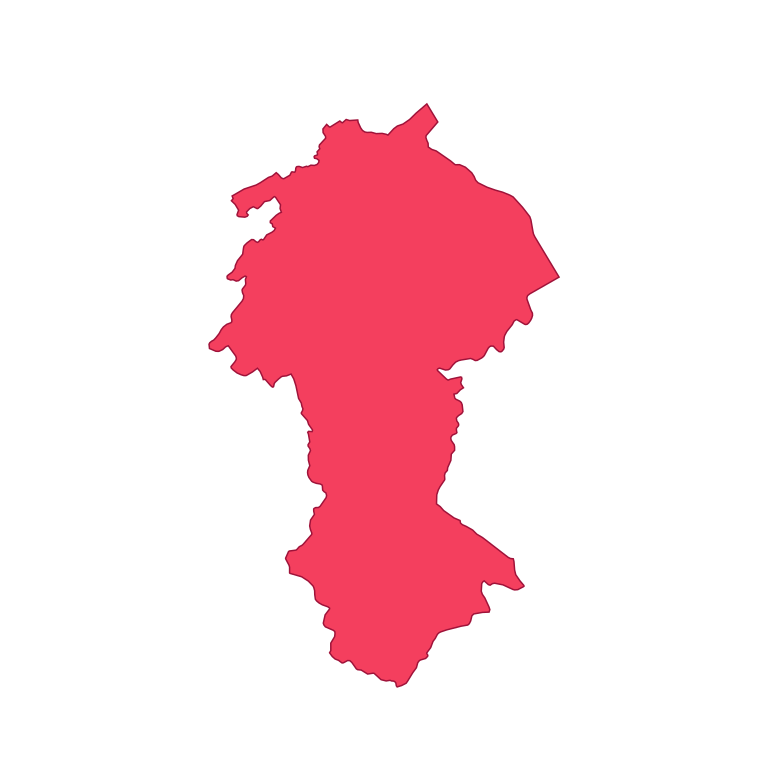 Tuy Phuoc, Bình Định, Vietnam, rotated 310°
{"feature_id": "81297802B71017047307278", "entity_name": "Tuy Phuoc", "entity_type": "district", "adm_level": 2, "iso_a3": "VNM", "parent_name": "Vietnam", "parent_adm1": "Bình Định", "projection": "mercator", "projection_center": [109.153, 13.841], "detail": "fine", "context": "isolated", "style": "filled", "palette": "rose", "viewbox_px": 768, "rotation_deg": 310, "n_neighbors": 0, "source": "geoboundaries", "source_scale": "gbopen_adm2", "svg_char_len": 6171}
<svg xmlns="http://www.w3.org/2000/svg" viewBox="0 0 768 768"><g transform="rotate(310 384 384)"><path d="M143.1,515.1L142.0,519.5L141.9,523.3L143.1,526.8L143.3,531.0L144.0,531.9L145.0,532.4L148.8,533.9L150.1,535.7L150.0,538.4L148.0,545.9L148.2,547.4L150.2,550.4L151.3,557.9L155.4,561.5L156.0,562.4L155.6,571.8L157.9,576.5L160.9,579.1L161.4,580.7L162.7,582.5L162.9,584.2L162.6,585.2L160.7,587.5L160.4,588.8L164.3,591.3L169.0,593.3L171.4,593.1L181.4,591.6L187.5,591.2L192.2,589.0L194.7,588.9L196.0,589.3L200.5,592.3L203.4,592.5L204.4,591.9L205.0,590.0L205.5,589.6L212.1,589.2L218.3,587.0L222.0,586.8L226.6,585.8L228.6,586.0L230.4,586.7L236.0,590.1L248.1,598.8L253.2,603.1L255.2,603.4L258.2,602.7L263.0,600.3L265.6,600.6L272.4,606.3L276.8,611.1L279.2,610.1L280.7,607.7L284.9,598.8L286.1,594.5L287.8,591.7L294.0,587.1L296.4,586.9L297.6,587.3L297.4,592.9L298.1,594.6L300.8,595.4L302.5,596.8L306.6,604.2L309.5,614.9L310.3,616.5L312.5,618.7L318.3,621.1L319.2,621.2L319.6,620.5L320.6,614.7L322.6,607.5L325.4,603.7L331.5,597.7L333.2,595.4L331.6,593.0L331.0,590.5L329.7,558.2L328.6,551.6L329.1,545.8L327.8,538.6L326.6,534.5L326.6,532.1L328.3,530.0L326.4,523.7L325.4,511.1L326.2,505.9L325.9,501.3L333.1,495.6L337.7,493.7L341.4,492.9L349.4,492.1L350.1,491.8L352.9,489.1L355.1,488.0L358.5,488.1L360.9,486.5L368.5,484.3L373.6,480.6L378.6,480.7L381.3,478.4L382.6,476.8L384.0,471.8L385.2,470.2L386.4,469.4L388.8,469.2L392.4,471.0L393.6,471.1L395.4,468.9L396.7,467.9L399.8,467.9L400.7,467.5L401.7,466.3L402.5,463.5L404.2,461.5L405.0,461.2L407.7,461.4L411.3,462.5L413.6,462.2L418.3,457.3L419.5,455.1L419.6,453.1L418.5,448.7L418.7,447.3L421.2,444.1L423.6,445.9L428.6,446.2L432.2,447.3L433.2,443.8L434.3,441.9L438.0,440.4L439.0,439.1L438.6,438.1L430.5,431.8L428.2,430.6L427.9,428.8L428.7,416.5L429.1,415.6L430.7,415.6L431.9,416.4L434.2,422.1L436.3,424.1L437.9,424.7L442.8,424.5L446.8,424.8L449.8,426.1L452.0,427.7L459.2,433.9L460.1,436.3L460.6,438.8L462.0,440.2L466.8,442.1L468.9,442.5L470.4,442.5L478.4,440.8L480.4,440.9L481.8,441.5L483.3,443.5L482.7,448.2L482.8,451.4L483.8,452.9L484.9,453.3L487.6,453.3L489.2,452.6L493.0,448.7L497.5,445.8L499.0,445.2L503.3,444.3L511.8,444.1L515.8,443.2L517.8,443.7L518.7,444.4L520.2,453.4L520.7,454.4L521.9,455.3L523.8,455.6L526.9,455.4L529.5,454.8L532.0,453.7L533.7,452.1L535.0,449.0L540.8,439.1L541.9,438.0L544.0,437.2L546.7,437.7L578.4,449.4L593.7,404.9L595.0,402.1L596.6,400.0L604.1,391.1L605.9,388.1L608.4,376.6L610.3,362.7L609.6,359.1L607.2,351.6L604.1,344.7L601.0,336.5L598.6,326.7L599.0,323.3L600.9,319.6L602.2,315.4L602.4,307.0L600.6,300.9L597.8,297.7L597.7,296.8L597.7,291.7L596.1,274.2L594.4,269.8L594.0,265.6L596.8,263.0L598.2,260.1L599.8,257.6L601.4,256.6L619.3,256.8L626.1,236.8L612.3,234.5L603.1,233.6L595.4,231.5L590.2,228.4L585.9,227.4L577.2,227.0L576.8,225.4L574.8,221.5L570.8,217.1L568.7,212.5L565.8,209.3L564.7,207.2L564.4,204.5L565.2,201.5L567.8,196.0L569.4,194.2L563.7,188.3L562.3,185.0L557.5,184.3L557.1,183.5L557.1,181.1L546.3,177.6L545.8,176.9L546.0,173.2L540.1,173.3L537.4,175.8L536.2,179.9L534.8,181.3L525.7,180.9L524.0,181.8L522.9,183.6L518.8,183.5L517.5,185.2L516.7,185.7L514.1,184.2L513.1,184.4L512.3,185.7L513.4,187.7L513.5,190.5L511.7,191.6L509.1,191.6L506.7,190.2L504.6,187.3L502.0,186.2L501.5,185.9L501.0,184.7L497.5,182.5L496.1,179.1L494.6,177.6L494.0,177.4L492.6,177.7L490.9,178.9L489.3,179.5L488.7,179.3L487.5,177.3L486.9,176.9L483.4,177.7L476.9,175.3L476.3,174.4L475.9,172.7L476.6,168.4L476.6,165.6L471.4,164.7L468.0,162.7L458.5,159.8L454.3,158.2L443.4,151.5L430.4,146.8L429.0,149.3L426.3,149.3L425.9,154.6L423.7,160.9L419.3,162.5L418.6,163.4L418.9,165.2L422.4,170.2L424.5,171.4L426.2,171.3L426.5,169.1L427.5,168.1L432.1,168.4L435.8,169.9L436.8,174.1L437.5,174.6L441.0,175.2L446.9,175.2L451.2,178.6L456.5,179.3L457.2,179.7L457.3,181.1L454.8,189.5L451.6,191.6L449.6,195.0L447.3,193.9L444.0,193.0L435.8,192.1L434.5,193.2L434.8,195.5L433.1,197.6L433.6,200.7L431.0,201.2L428.2,200.6L422.8,198.3L417.3,198.9L416.5,198.6L416.0,197.0L414.9,196.5L412.3,196.5L411.1,196.0L410.7,194.5L410.7,191.3L409.5,189.7L404.1,188.4L401.0,188.1L399.6,188.1L397.8,189.0L392.6,192.3L384.3,192.5L379.4,193.9L376.8,195.5L372.1,195.8L367.5,194.6L365.7,194.5L364.3,195.8L364.0,196.5L365.1,199.7L366.9,201.3L367.8,204.6L369.7,206.2L374.2,207.0L377.2,208.1L377.7,208.8L377.7,209.7L375.0,210.6L372.1,213.5L370.7,214.3L365.8,214.5L364.7,214.9L363.0,216.9L361.6,219.7L359.1,221.4L356.2,222.0L341.4,222.1L339.0,222.5L337.3,223.6L335.2,226.3L333.8,227.4L332.4,227.3L328.7,225.2L324.5,224.3L321.1,224.4L316.6,225.3L311.2,225.5L308.1,225.3L305.9,224.4L303.5,224.0L302.0,224.4L299.0,227.5L301.0,234.1L302.4,236.0L303.2,236.7L306.7,238.3L310.7,238.8L313.2,240.1L310.1,252.5L309.1,254.0L308.0,255.0L305.2,255.5L299.0,255.6L298.1,256.6L297.8,259.3L298.0,264.3L299.2,268.5L300.4,271.3L301.2,272.3L302.1,273.1L308.7,275.5L314.7,276.9L314.0,281.0L311.3,286.6L309.8,288.7L310.9,289.7L311.1,290.5L309.9,298.2L309.9,300.3L310.2,300.9L311.0,301.1L313.9,299.6L315.5,299.5L320.0,300.0L323.6,300.7L324.7,301.3L327.6,304.1L331.9,306.4L329.9,311.6L326.1,317.6L318.0,327.9L316.3,332.8L314.2,335.4L312.9,337.8L311.2,338.7L308.7,339.2L308.2,339.8L306.8,348.8L304.6,352.2L302.9,358.6L302.3,359.2L301.3,359.5L299.3,356.7L298.0,356.6L296.9,358.5L291.9,364.4L288.8,364.8L287.7,365.7L286.8,368.8L285.7,370.5L280.8,371.8L277.0,375.1L273.7,379.7L268.9,381.1L267.0,382.4L265.4,384.2L264.1,386.7L263.0,391.1L263.2,392.7L264.4,396.0L266.4,399.4L266.8,401.3L266.3,402.3L263.3,405.2L263.0,407.1L263.2,409.6L261.7,411.7L259.8,412.7L249.1,413.7L247.2,413.1L245.3,411.0L243.6,410.4L243.0,410.5L241.4,411.9L239.4,414.5L232.5,415.2L227.5,418.3L225.3,421.1L223.4,424.5L222.3,425.3L209.4,425.1L207.8,424.9L204.9,423.7L201.0,423.6L200.1,423.3L195.2,418.8L194.2,418.6L187.3,420.6L186.8,421.2L184.0,428.0L182.9,429.5L178.6,433.1L178.5,433.7L183.4,444.8L184.4,452.7L183.7,459.4L183.0,461.0L181.1,463.7L178.2,466.3L175.0,469.8L174.5,471.9L174.5,474.9L175.2,478.7L177.2,484.1L177.4,486.3L176.8,486.9L169.3,487.3L161.8,491.2L160.8,492.8L160.3,495.2L162.8,503.7L162.7,505.5L161.2,507.0L158.7,508.6L151.3,509.8L145.6,514.6L143.1,515.1Z" fill="#f43f5e" stroke="#9f1239" stroke-width="1.5"/></g></svg>